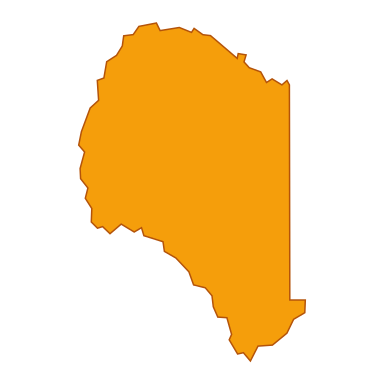 outline of Suwannee, Florida, United States of America
{"feature_id": "52423323B35502407860174", "entity_name": "Suwannee", "entity_type": "district", "adm_level": 2, "iso_a3": "USA", "parent_name": "United States of America", "parent_adm1": "Florida", "projection": "equal_earth", "projection_center": [-83.03, 30.162], "detail": "fine", "context": "isolated", "style": "filled", "palette": "amber", "viewbox_px": 384, "rotation_deg": 0, "n_neighbors": 0, "source": "geoboundaries", "source_scale": "gbopen_adm2", "svg_char_len": 896}
<svg xmlns="http://www.w3.org/2000/svg" viewBox="0 0 384 384"><path d="M81.4,131.7L78.7,145.1L84.6,152.0L80.1,168.5L80.6,178.7L87.9,188.0L85.3,198.3L91.8,208.5L91.3,222.0L97.5,228.2L102.6,226.6L110.0,233.7L121.2,224.1L134.2,232.0L141.5,227.7L143.9,235.7L163.0,241.7L164.4,251.4L175.9,258.0L188.9,271.8L193.6,284.9L205.3,287.8L212.0,295.8L213.3,306.8L217.8,317.1L226.9,317.7L231.6,334.4L229.2,339.8L237.6,354.0L243.4,352.7L250.4,361.0L258.0,346.1L272.4,345.1L286.9,333.2L293.6,319.3L304.8,312.7L305.3,300.0L289.8,300.0L289.4,84.9L287.0,80.5L281.9,84.9L272.1,78.9L266.5,82.5L260.7,71.9L249.2,67.7L244.0,61.9L246.1,54.9L238.2,53.6L237.2,58.4L210.5,35.6L202.9,34.7L194.1,28.4L191.5,32.4L179.3,27.5L160.1,30.6L156.4,23.0L138.9,26.4L133.2,34.6L123.7,35.8L122.3,46.0L116.5,55.4L106.7,61.7L103.9,78.0L97.3,80.4L98.6,100.3L90.2,108.0L81.4,131.7Z" fill="#f59e0b" stroke="#b45309" stroke-width="1.5"/></svg>